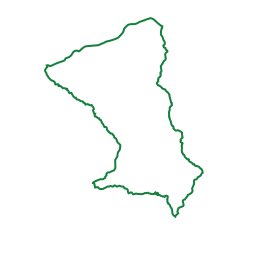 the district of Caramanta, Antioquia, Colombia, rotated 253°
{"feature_id": "7082276B65135534410958", "entity_name": "Caramanta", "entity_type": "district", "adm_level": 2, "iso_a3": "COL", "parent_name": "Colombia", "parent_adm1": "Antioquia", "projection": "albers", "projection_center": [-75.642, 5.562], "detail": "fine", "context": "isolated", "style": "outline", "palette": "green", "viewbox_px": 256, "rotation_deg": 253, "n_neighbors": 0, "source": "geoboundaries", "source_scale": "gbopen_adm2", "svg_char_len": 5823}
<svg xmlns="http://www.w3.org/2000/svg" viewBox="0 0 256 256"><g transform="rotate(253 128 128)"><path d="M29.4,147.3L30.0,147.8L30.6,148.6L31.7,151.0L33.5,150.8L34.8,151.5L36.6,152.9L36.8,153.5L37.1,157.5L37.3,158.1L37.7,158.5L38.3,158.7L41.9,159.0L42.3,159.1L42.7,159.4L43.1,160.4L43.0,161.5L44.6,163.6L45.4,164.9L46.5,165.6L46.6,165.9L46.6,166.8L47.1,169.0L48.1,170.8L49.2,171.5L50.7,171.4L51.3,171.6L52.6,172.6L55.1,174.8L58.1,175.7L58.7,176.0L59.0,176.6L58.9,178.3L59.3,179.1L60.6,180.5L60.6,181.7L60.9,182.1L61.2,183.4L61.5,183.9L62.7,184.9L63.1,185.5L63.2,186.2L64.7,186.6L66.6,186.4L67.3,186.1L67.6,186.1L68.2,185.3L69.9,184.7L70.6,184.1L71.1,183.1L71.6,182.6L72.0,181.5L72.5,181.3L72.9,180.8L74.1,180.6L74.3,180.4L74.3,179.7L74.9,179.6L75.4,179.1L76.4,178.7L76.8,178.1L78.3,176.8L79.3,176.7L80.0,177.0L80.1,176.9L80.1,176.4L80.9,176.3L81.2,175.3L82.2,174.7L83.9,173.9L84.6,173.8L85.4,174.0L85.8,173.9L86.6,173.0L87.2,173.1L87.5,172.9L88.3,172.8L88.9,172.5L91.6,173.1L93.2,173.7L93.7,174.1L95.1,174.0L95.8,174.7L96.6,174.8L97.1,175.6L97.8,175.6L98.0,175.4L98.8,174.4L99.4,174.1L100.0,174.3L100.4,174.8L101.6,175.0L102.8,177.3L103.1,177.5L103.9,177.3L104.6,177.6L105.4,177.7L107.4,178.2L108.1,178.1L108.8,177.7L110.6,176.0L110.8,175.4L111.3,175.0L111.5,173.1L112.2,172.3L113.8,171.6L114.6,171.3L115.3,171.8L116.7,171.6L117.1,171.0L118.7,170.6L121.7,170.8L125.9,170.5L126.4,170.9L126.9,170.7L127.5,170.7L128.5,171.2L130.9,171.7L132.1,172.4L133.0,173.2L135.0,173.7L135.8,174.4L136.2,175.0L136.6,176.3L137.2,176.8L138.4,176.7L139.0,177.2L139.8,176.7L140.7,176.7L143.3,176.9L144.7,176.9L145.2,177.0L145.8,176.9L146.4,177.1L147.2,177.1L147.6,177.4L150.2,176.6L151.9,175.4L154.1,174.7L155.6,172.5L155.9,172.3L156.5,172.2L158.0,171.4L159.9,169.7L160.1,169.2L160.6,169.2L161.9,168.6L162.2,168.7L163.0,169.2L164.0,170.7L164.9,170.8L165.5,171.0L165.9,171.4L166.4,171.4L166.7,171.7L167.2,172.4L167.5,173.4L168.5,174.6L169.5,174.6L170.1,175.1L171.3,175.1L171.7,175.4L171.7,175.7L172.7,176.7L176.7,177.2L177.4,177.4L179.2,179.4L179.5,180.0L180.4,180.7L181.3,181.6L182.3,183.7L183.6,184.5L186.3,184.8L188.0,185.3L189.0,186.5L189.5,188.0L190.2,188.2L190.5,188.1L191.5,187.3L192.8,187.0L193.7,187.1L194.6,185.9L195.8,185.8L196.7,186.0L197.0,187.3L198.0,188.0L199.9,188.2L201.3,187.7L205.8,187.5L207.0,186.9L208.1,187.0L209.4,187.3L210.8,187.8L213.0,189.0L213.4,189.8L214.7,189.9L215.0,190.5L215.3,190.6L216.4,189.3L218.9,187.6L222.1,185.6L224.0,184.6L226.0,182.6L226.4,181.6L226.5,178.2L226.2,174.6L226.1,170.7L225.4,166.9L225.4,165.2L225.8,163.4L226.5,161.2L226.6,160.2L226.6,158.2L226.3,157.3L224.6,154.2L223.7,152.9L222.9,152.7L222.0,152.1L220.4,150.5L217.8,146.2L217.2,144.8L216.8,141.6L216.7,136.6L217.0,132.4L216.3,128.8L216.4,127.6L215.8,124.1L217.7,115.3L218.1,113.5L218.5,110.7L217.6,107.8L217.1,107.1L216.9,106.1L216.1,104.9L215.7,103.5L216.7,102.1L217.2,101.0L217.2,99.7L216.9,98.6L216.5,97.7L214.4,95.4L213.4,93.5L213.1,92.8L212.8,88.8L212.3,88.1L211.3,87.2L211.0,86.3L210.9,81.1L210.5,76.4L209.9,73.0L210.1,71.2L211.0,70.5L211.4,69.9L211.6,68.6L209.9,68.7L209.0,67.0L208.6,66.7L208.4,66.2L207.7,65.7L206.8,65.4L206.3,65.4L204.5,66.0L202.8,65.8L201.1,66.5L199.7,66.7L196.0,68.5L195.3,69.8L194.0,71.0L192.7,71.4L191.9,71.4L191.2,71.2L190.9,71.3L190.4,73.4L190.0,74.2L189.6,74.4L188.8,73.8L188.5,73.8L188.3,74.2L188.1,75.1L187.7,75.7L186.6,76.6L185.1,77.3L184.6,79.1L183.8,79.9L183.4,81.2L182.9,81.3L182.4,80.9L182.2,80.9L181.9,81.3L180.5,81.9L179.3,81.8L178.7,82.1L178.3,82.5L178.2,84.1L174.5,84.9L172.7,85.7L172.2,87.0L171.3,87.0L170.4,87.3L169.3,89.3L167.7,90.4L167.0,91.9L166.5,92.5L166.3,92.7L165.2,92.8L164.9,93.6L164.4,94.0L162.9,94.1L162.7,94.4L162.9,95.2L162.7,96.1L162.0,97.3L161.5,97.5L160.8,98.5L160.5,100.0L159.4,100.1L158.5,100.7L156.7,101.0L155.9,100.8L155.4,99.9L155.0,99.7L151.7,99.8L151.3,100.1L151.2,100.6L150.7,100.2L149.4,99.7L148.8,99.7L148.6,100.0L148.4,100.7L147.8,101.0L146.3,102.2L145.9,103.0L145.2,103.0L145.0,103.3L144.4,103.5L143.8,103.8L143.4,104.4L142.1,104.4L141.2,104.7L140.7,104.5L139.0,105.3L136.0,105.7L135.8,105.8L135.4,107.2L134.8,107.6L134.3,107.7L132.4,107.4L131.0,108.0L130.2,108.2L130.0,108.3L130.0,108.7L129.5,109.0L128.8,109.1L127.9,109.7L127.7,110.4L126.9,111.4L126.2,111.5L125.0,112.1L124.1,112.3L123.4,112.1L122.8,112.2L122.4,112.6L121.8,112.9L121.5,113.4L121.2,113.5L117.3,113.8L114.5,115.5L113.9,115.6L112.8,115.3L109.9,113.9L109.4,113.5L107.7,111.4L105.9,110.3L104.0,109.5L103.4,109.0L102.2,107.5L101.4,106.6L99.6,105.9L93.9,104.4L92.7,103.6L92.2,103.1L91.6,102.2L91.5,101.9L91.5,100.3L91.0,97.7L91.3,95.7L91.0,94.7L90.6,94.0L89.1,93.6L88.1,92.0L87.7,91.8L87.0,91.7L86.8,90.5L86.4,89.7L86.4,88.7L87.0,87.0L87.1,86.1L86.8,82.1L86.4,79.9L86.0,78.8L85.9,78.5L85.6,78.4L85.0,79.4L83.9,79.5L82.9,79.2L81.8,79.5L80.8,79.1L80.2,81.9L79.2,82.3L77.8,83.5L77.5,84.0L77.3,84.8L77.1,86.6L78.0,91.6L77.5,93.0L77.7,94.1L77.5,94.6L76.4,96.3L76.4,96.8L76.8,97.6L77.0,98.1L76.9,98.7L75.4,100.1L75.2,100.5L75.3,102.6L75.2,103.1L73.9,104.6L73.5,106.2L72.8,106.7L71.5,106.9L71.2,107.2L70.4,108.7L69.9,109.2L69.2,109.6L66.7,109.3L65.4,109.5L65.3,109.8L65.6,111.5L65.5,112.3L65.2,112.6L63.0,113.6L63.0,115.6L62.9,116.7L62.1,117.9L60.8,121.5L60.6,123.3L60.6,124.0L60.9,124.8L60.4,126.5L60.4,127.8L59.4,128.9L59.0,129.8L58.5,130.3L57.8,131.5L57.2,133.8L57.2,134.1L58.2,135.0L58.4,135.5L57.8,135.8L56.9,135.6L56.8,135.8L57.2,137.3L56.7,137.7L56.3,137.6L55.7,136.5L55.2,136.6L55.1,137.1L55.0,137.9L54.6,138.6L54.4,139.0L53.3,139.8L52.5,141.0L52.3,141.8L51.4,142.7L51.6,143.2L52.2,143.7L52.0,144.3L52.1,144.9L51.8,145.3L50.9,146.0L48.6,145.0L48.3,144.6L47.4,144.6L46.3,144.1L45.3,144.1L44.7,144.5L44.2,144.2L43.9,144.3L43.0,145.1L42.5,145.3L41.1,145.6L40.0,145.6L39.2,145.8L38.4,146.2L36.8,146.2L33.3,145.5L32.1,145.7L31.0,146.2L29.4,147.3Z" fill="none" stroke="#15803d" stroke-width="2"/></g></svg>